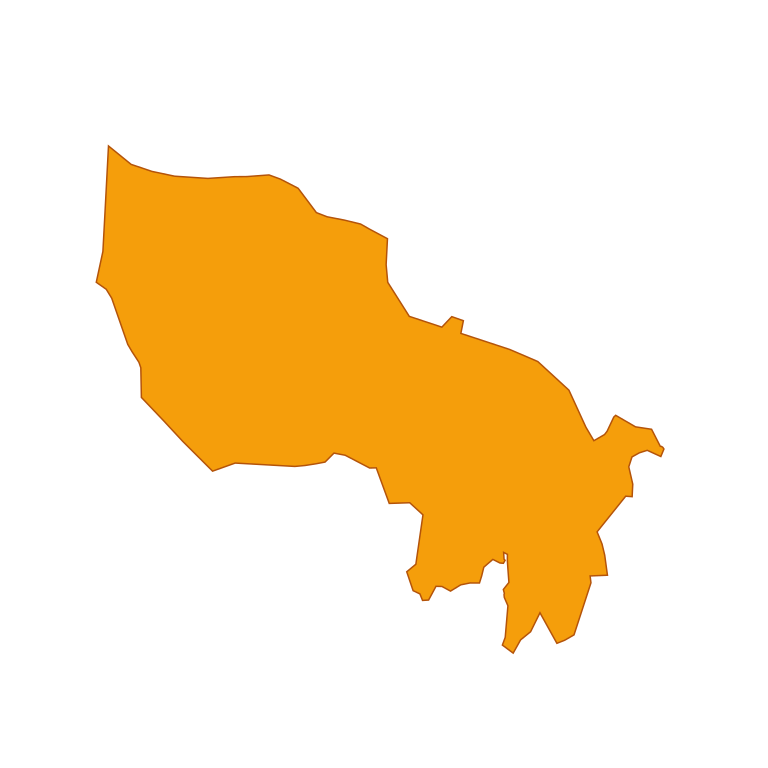 Guzamala, Borno, Nigeria, rotated 348°
{"feature_id": "59680162B36028411577107", "entity_name": "Guzamala", "entity_type": "district", "adm_level": 2, "iso_a3": "NGA", "parent_name": "Nigeria", "parent_adm1": "Borno", "projection": "equal_earth", "projection_center": [13.284, 12.86], "detail": "fine", "context": "isolated", "style": "filled", "palette": "amber", "viewbox_px": 768, "rotation_deg": 348, "n_neighbors": 0, "source": "geoboundaries", "source_scale": "gbopen_adm2", "svg_char_len": 1622}
<svg xmlns="http://www.w3.org/2000/svg" viewBox="0 0 768 768"><g transform="rotate(348 384 384)"><path d="M639.7,512.5L644.3,505.8L643.6,504.0L642.5,502.8L641.3,502.4L636.3,483.9L621.1,478.2L604.1,462.8L601.9,464.1L592.4,476.6L589.2,479.3L577.5,483.1L572.5,468.2L563.6,428.5L539.1,394.0L514.2,376.4L469.7,350.5L474.8,338.6L464.3,332.2L452.4,340.4L422.8,323.1L408.8,285.3L410.9,267.7L417.6,242.6L401.8,229.3L394.4,222.7L379.2,215.4L363.1,208.6L353.5,202.3L340.7,174.7L325.2,162.0L315.0,155.6L293.0,152.6L280.7,150.1L254.5,146.3L222.4,137.2L201.2,127.8L182.3,116.6L164.0,93.9L146.3,159.9L136.6,195.9L123.7,224.7L132.0,233.6L135.5,243.5L141.6,292.0L144.3,300.1L148.8,311.8L149.5,317.6L143.9,346.7L160.6,373.8L175.3,398.4L198.2,433.6L222.0,430.4L279.7,446.1L289.9,447.3L301.2,447.9L310.1,448.1L320.7,441.2L331.2,445.6L352.5,463.2L359.0,464.4L361.6,482.8L364.3,501.9L384.5,505.5L394.9,520.1L384.2,549.2L380.0,560.6L377.7,566.9L373.7,569.0L367.2,572.4L369.5,592.2L375.5,596.8L376.7,603.7L382.7,604.6L392.8,592.7L398.6,594.1L406.0,600.4L417.3,596.4L426.7,596.5L436.0,598.5L439.6,592.1L443.5,584.0L447.2,581.9L454.0,578.2L460.2,583.2L463.5,584.2L465.8,581.6L465.0,580.3L466.0,573.6L469.3,576.3L467.9,582.6L466.7,591.0L464.9,604.1L458.0,609.8L458.2,613.8L457.6,615.0L457.3,617.8L459.1,626.7L449.9,657.0L445.5,664.0L454.4,674.1L464.4,662.7L475.9,656.8L489.0,640.2L499.2,673.6L507.5,672.2L517.7,668.9L545.1,621.5L545.7,614.6L562.8,617.5L564.3,597.3L564.0,585.8L561.7,572.9L597.1,544.0L603.3,545.8L606.5,533.7L606.2,515.9L611.4,506.9L619.5,504.4L627.7,503.6L639.7,512.5Z" fill="#f59e0b" stroke="#b45309" stroke-width="1.5"/></g></svg>